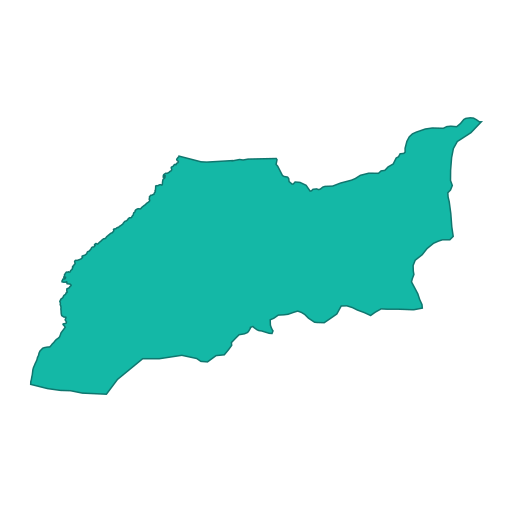 the district of Ngaoundaye, Ouham-Pendé, Central African Republic
{"feature_id": "33826404B95792566341641", "entity_name": "Ngaoundaye", "entity_type": "district", "adm_level": 2, "iso_a3": "CAF", "parent_name": "Central African Republic", "parent_adm1": "Ouham-Pendé", "projection": "albers", "projection_center": [15.477, 7.286], "detail": "fine", "context": "isolated", "style": "filled", "palette": "teal", "viewbox_px": 512, "rotation_deg": 0, "n_neighbors": 0, "source": "geoboundaries", "source_scale": "gbopen_adm2", "svg_char_len": 5854}
<svg xmlns="http://www.w3.org/2000/svg" viewBox="0 0 512 512"><path d="M224.3,354.8L228.6,349.6L231.7,345.3L231.4,342.6L235.4,338.4L239.1,334.7L241.6,334.3L244.5,333.8L247.5,332.5L248.5,331.4L250.4,328.2L250.4,327.4L252.9,326.5L254.1,327.7L256.9,329.7L258.9,330.6L261.5,330.9L264.6,331.9L269.2,333.3L272.0,333.5L273.0,330.9L272.2,329.7L271.2,327.5L270.4,325.2L270.2,319.8L273.9,318.2L278.3,315.1L283.8,314.8L288.0,314.3L294.0,312.2L297.7,311.1L301.4,312.4L304.8,314.5L308.5,318.2L314.5,322.2L317.1,322.5L324.2,322.7L328.9,319.5L336.8,314.0L341.2,306.0L346.8,305.8L352.5,307.6L357.3,310.0L364.3,312.6L370.6,315.5L375.4,312.1L381.1,308.9L387.4,309.2L398.4,309.2L404.2,309.4L411.8,309.7L414.0,309.7L422.3,308.1L422.0,304.6L419.7,299.6L417.8,293.8L414.9,288.3L411.5,281.9L412.3,278.7L413.9,274.5L413.3,271.1L413.1,265.5L415.2,260.2L422.2,254.7L427.0,248.6L433.5,243.3L438.2,241.2L442.4,239.8L449.8,239.8L453.2,236.4L451.8,226.9L450.8,213.6L449.2,201.6L448.1,197.1L447.8,192.8L450.5,190.0L452.3,185.5L450.5,180.5L450.6,170.3L451.6,157.6L453.4,148.5L457.3,141.5L470.9,132.7L481.3,121.8L479.3,121.8L476.4,119.7L473.5,118.1L470.3,117.8L465.8,118.4L463.8,119.5L460.5,123.5L456.7,126.7L450.8,126.2L446.8,126.6L443.3,128.3L432.3,128.0L425.3,129.0L416.3,132.1L412.4,133.9L409.3,136.8L406.9,141.3L405.1,148.2L405.1,152.2L403.8,153.4L400.1,153.8L398.5,156.8L396.2,158.0L393.2,164.0L388.1,166.9L384.8,170.4L381.1,170.9L378.5,173.3L368.7,173.2L360.4,175.3L355.2,178.6L351.4,180.2L340.7,183.0L332.6,186.1L325.0,186.4L322.8,187.1L320.2,189.2L318.5,189.6L316.6,188.9L313.0,189.3L311.5,190.8L310.1,191.1L306.1,185.3L300.0,182.4L295.1,182.0L293.3,184.0L292.1,184.1L289.1,181.6L288.7,178.6L287.6,177.1L283.8,176.4L282.4,175.4L277.7,166.2L276.1,164.4L277.0,159.7L276.2,158.5L248.0,159.1L243.1,160.0L239.6,159.5L232.3,160.9L232.3,160.6L206.7,162.1L201.0,161.8L179.0,156.1L178.9,156.6L178.7,156.9L178.1,157.4L177.1,158.7L176.8,159.1L176.7,159.4L176.7,159.7L176.9,160.1L177.3,160.6L177.7,160.9L178.1,161.1L178.3,161.4L178.3,161.7L178.3,162.0L177.9,162.7L177.5,163.0L176.9,163.2L176.4,163.6L176.3,163.8L176.3,164.3L176.0,164.7L175.9,164.7L175.7,164.7L174.8,164.5L174.6,164.5L174.4,164.6L173.8,165.3L173.1,166.3L172.8,166.5L171.8,166.9L171.3,167.3L171.2,167.9L171.8,169.6L171.1,170.8L169.7,171.6L169.4,172.2L168.2,172.7L167.8,173.1L167.1,173.3L165.6,173.3L163.8,174.6L163.4,175.3L163.2,177.1L163.6,177.3L164.0,177.1L164.1,176.0L164.3,175.5L164.7,175.6L165.1,175.7L165.0,177.3L164.5,178.3L163.4,179.0L163.0,179.5L162.7,180.9L162.5,182.2L162.4,184.0L162.2,184.8L161.6,185.1L160.8,184.7L160.2,184.7L159.2,184.9L158.0,185.7L156.4,185.7L155.7,186.0L155.6,188.3L155.4,190.2L155.3,190.6L155.0,190.8L155.0,191.0L155.3,191.7L155.1,192.1L154.4,192.9L154.2,193.3L154.1,193.5L154.0,194.2L153.9,194.3L152.9,194.6L152.4,194.9L151.8,195.2L150.7,195.3L150.3,195.9L149.5,196.6L149.5,197.8L149.2,199.2L149.3,199.6L149.7,199.9L149.7,200.6L149.5,201.1L148.4,202.2L147.4,202.8L146.4,203.5L145.4,204.7L144.4,205.3L141.5,207.6L141.3,208.1L140.6,208.8L139.7,208.9L138.7,208.7L137.4,208.9L135.9,209.8L135.2,210.5L135.2,211.2L135.0,211.8L133.7,212.9L133.1,215.2L132.1,216.2L131.6,217.4L130.9,217.8L129.6,217.7L128.7,218.3L128.4,218.5L127.6,219.8L126.5,220.8L124.8,221.4L123.5,222.9L122.6,224.3L121.8,224.8L120.5,225.8L120.0,226.0L119.4,226.4L118.4,227.5L117.7,227.4L116.7,227.9L115.8,228.8L115.0,228.8L113.8,229.1L113.5,229.5L113.8,230.4L113.7,231.0L112.2,232.8L111.4,233.0L110.3,233.6L109.4,234.5L108.5,235.1L107.7,235.9L106.6,236.7L106.1,237.6L105.3,238.5L103.6,238.8L102.1,239.9L101.3,240.8L99.3,242.4L98.6,243.2L98.3,243.4L97.7,244.0L97.3,244.1L96.1,243.5L95.9,243.5L95.7,243.6L94.6,244.5L94.5,244.9L94.5,245.0L94.9,245.2L95.1,245.3L95.1,245.6L94.6,246.1L94.2,246.5L94.0,246.8L93.9,246.9L93.7,247.0L92.6,247.0L92.3,247.1L91.7,247.6L91.5,247.9L91.1,248.9L90.5,249.5L89.7,250.6L89.3,251.0L89.0,251.2L88.3,251.4L87.6,251.8L87.3,252.1L87.1,252.6L86.8,253.5L86.7,253.8L86.3,254.1L84.8,255.2L83.1,255.7L82.1,256.2L82.1,256.9L82.5,257.4L82.0,258.1L81.5,258.4L80.9,259.0L79.7,259.5L77.2,260.4L75.7,260.3L75.1,260.6L74.6,261.7L75.0,262.8L75.1,263.7L74.2,264.6L73.4,266.0L72.8,266.2L72.5,266.9L72.8,267.6L72.3,268.2L72.2,269.3L70.7,270.5L70.2,271.6L69.8,272.1L69.0,272.2L68.5,271.8L67.4,272.2L66.4,272.1L65.4,273.3L65.1,273.9L64.5,274.6L64.5,276.2L63.9,276.8L63.8,277.6L64.1,278.1L64.5,278.1L65.2,277.2L65.5,277.2L65.6,277.8L65.4,278.2L65.0,278.8L64.2,279.0L63.1,279.0L62.8,279.2L62.4,280.4L62.0,280.9L62.0,281.5L62.0,281.8L63.5,282.2L65.4,282.2L66.5,281.7L66.9,282.1L66.7,282.8L67.0,283.2L67.2,283.8L68.2,283.8L69.0,284.0L70.0,284.0L70.4,284.5L71.0,284.9L71.2,285.3L70.8,285.9L69.9,286.6L69.6,287.2L69.1,287.8L68.3,288.2L68.0,288.5L67.5,288.5L67.0,288.7L66.8,289.6L66.8,291.0L67.2,292.0L66.9,292.5L66.3,292.6L65.5,294.4L64.2,295.2L63.7,295.8L63.2,296.7L63.1,297.3L62.8,297.7L62.4,298.1L61.8,298.4L61.2,298.8L60.9,299.2L60.6,299.5L60.7,300.0L60.5,300.4L59.9,301.0L59.8,301.6L59.9,301.9L60.2,302.2L60.4,303.1L60.3,304.0L60.2,304.5L60.3,305.0L60.7,305.6L60.8,306.3L61.0,307.4L60.9,308.5L60.9,309.5L61.0,310.0L61.0,310.4L61.1,311.0L61.1,311.8L61.2,313.4L61.4,314.5L61.7,315.6L62.9,316.4L64.0,317.1L65.0,317.1L65.8,317.2L65.9,317.7L65.8,318.3L65.2,319.5L65.2,320.0L66.5,322.0L66.3,322.6L66.1,323.2L64.4,323.7L63.5,323.8L63.1,324.0L63.0,324.3L63.2,324.7L64.4,326.0L65.2,327.3L61.0,332.9L60.3,335.1L59.5,337.0L58.1,338.3L56.3,339.5L55.0,340.9L53.8,342.5L52.3,343.9L51.1,345.5L49.8,346.9L47.2,347.1L44.5,347.6L42.7,348.2L40.0,351.0L39.0,353.2L38.5,355.5L37.5,357.4L37.0,359.6L36.2,361.5L35.2,363.5L34.4,365.5L33.5,367.5L32.9,369.7L32.6,372.1L32.3,374.7L31.8,376.9L31.4,379.4L30.8,381.6L30.7,384.4L47.6,388.6L60.5,390.4L70.5,390.7L82.3,393.1L106.4,394.2L117.5,379.4L142.7,358.7L159.4,358.7L181.8,355.3L196.7,358.5L200.9,361.4L207.5,361.9L216.1,355.6L224.3,354.8Z" fill="#14b8a6" stroke="#0f766e" stroke-width="1.5"/></svg>